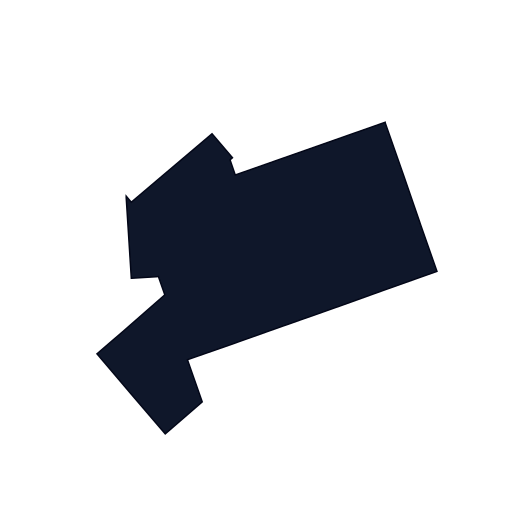 the district of Independencia, Chaco, Argentina, rotated 49°
{"feature_id": "61730980B54017945662210", "entity_name": "Independencia", "entity_type": "district", "adm_level": 2, "iso_a3": "ARG", "parent_name": "Argentina", "parent_adm1": "Chaco", "projection": "mercator", "projection_center": [-60.743, -26.743], "detail": "fine", "context": "isolated", "style": "filled", "palette": "ink", "viewbox_px": 512, "rotation_deg": 49, "n_neighbors": 0, "source": "geoboundaries", "source_scale": "gbopen_adm2", "svg_char_len": 694}
<svg xmlns="http://www.w3.org/2000/svg" viewBox="0 0 512 512"><g transform="rotate(49 256 256)"><path d="M330.8,392.3L289.3,375.8L290.9,371.7L308.2,328.4L308.9,326.5L326.3,282.2L328.3,277.3L328.4,277.1L333.1,265.1L342.9,240.4L346.0,232.5L347.5,228.7L348.0,227.6L348.9,225.2L364.7,184.5L366.1,180.9L386.3,129.5L340.0,111.1L337.6,110.1L291.5,91.5L288.7,90.4L240.2,71.1L239.8,70.8L182.0,216.6L181.2,218.5L166.4,212.5L166.4,209.3L134.9,209.0L134.0,281.0L133.6,314.8L131.1,314.8L125.7,314.7L126.7,315.6L191.0,364.7L206.8,344.1L207.4,343.1L225.5,350.3L225.7,406.3L225.6,419.8L225.5,440.2L278.1,440.8L278.4,440.8L330.7,441.2L330.8,392.3Z" fill="#0f172a" stroke="#020617" stroke-width="1.5"/></g></svg>